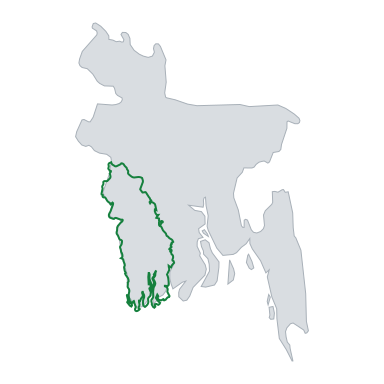 where Khulna sits in Bangladesh
{"feature_id": "BGD-2432", "entity_name": "Khulna", "entity_type": "Division", "adm_level": 1, "iso_a3": "BGD", "parent_name": "Bangladesh", "parent_adm1": "", "projection": "robinson", "projection_center": [89.364, 22.917], "detail": "fine", "context": "in_parent", "style": "outline", "palette": "green", "viewbox_px": 384, "rotation_deg": 0, "n_neighbors": 0, "source": "natural_earth", "source_scale": "10m", "svg_char_len": 9696}
<svg xmlns="http://www.w3.org/2000/svg" viewBox="0 0 384 384"><path d="M127.3,284.8L127.2,274.2L120.7,253.3L121.0,251.0L119.6,241.0L118.0,235.4L117.2,229.4L121.1,220.9L119.5,219.5L110.8,216.9L109.8,214.7L111.6,206.3L105.4,198.3L102.9,192.4L109.6,173.2L111.3,159.9L110.8,157.3L106.7,154.3L99.5,153.1L94.4,150.6L91.4,146.8L88.9,145.3L85.8,146.4L81.8,145.0L78.4,141.2L75.6,136.7L76.7,131.7L82.0,119.9L84.0,119.5L88.5,121.8L90.2,121.8L93.2,117.1L97.5,103.9L112.1,105.0L115.6,104.6L119.2,103.5L121.2,101.9L122.3,99.7L122.0,97.9L117.5,95.4L115.8,93.5L114.5,88.2L113.2,86.2L104.4,85.9L99.8,83.5L97.3,81.3L92.8,74.1L87.3,68.7L82.1,67.5L80.0,65.7L78.9,63.0L79.6,59.0L82.3,51.4L96.8,34.9L97.2,33.0L96.6,30.9L92.4,28.2L92.1,26.9L93.3,23.5L95.7,23.0L100.7,26.2L105.8,31.3L108.8,35.8L108.9,39.4L112.9,40.1L116.2,41.7L119.6,41.2L121.8,42.1L123.3,41.8L123.9,39.7L121.0,34.5L122.4,32.4L125.8,32.5L128.2,34.4L129.9,38.4L130.2,44.6L134.1,50.3L139.3,54.2L143.3,56.1L148.2,57.4L152.4,56.1L154.4,52.2L153.5,48.7L154.1,45.6L155.8,43.8L158.4,43.9L160.4,46.4L166.0,59.9L164.9,65.8L166.2,82.2L164.7,92.9L165.6,97.1L166.6,97.8L175.2,99.8L187.6,104.1L197.0,105.7L239.9,104.5L249.3,106.6L277.9,105.0L285.7,108.4L294.2,114.0L299.0,118.2L299.9,120.6L299.4,122.6L297.8,123.7L294.9,123.7L288.1,121.0L287.0,121.8L286.9,128.3L281.5,144.5L280.8,149.5L278.9,151.5L273.2,152.5L269.5,161.9L267.9,163.1L264.2,161.0L261.9,161.4L259.0,162.2L256.1,164.4L254.1,167.1L251.9,168.0L243.9,167.9L242.3,172.3L237.1,178.0L233.5,193.2L233.8,197.8L238.3,210.0L241.4,225.7L242.6,227.3L244.1,227.4L244.2,220.2L245.6,219.3L247.5,220.1L251.3,229.8L253.5,232.3L256.8,233.0L260.6,231.5L263.4,228.7L264.5,225.6L263.5,215.0L265.3,210.7L271.8,204.3L272.7,202.3L272.3,191.7L274.7,191.4L278.0,192.2L282.2,189.7L283.5,189.6L285.2,192.3L288.2,191.8L292.7,212.9L293.2,227.7L294.2,236.0L295.8,237.8L300.9,250.2L305.7,293.7L306.4,321.4L308.4,330.8L306.8,332.9L305.2,333.3L303.7,330.0L293.1,323.0L290.5,323.7L286.9,327.8L285.5,331.6L286.1,336.9L287.3,342.1L289.8,345.1L290.1,348.4L292.9,360.9L292.1,361.0L286.3,349.6L279.3,338.5L276.9,318.5L276.7,308.7L271.9,297.1L267.3,276.9L269.2,269.8L265.9,272.9L260.6,260.8L252.3,248.9L249.9,243.6L249.8,238.5L246.2,243.7L241.4,247.3L236.5,252.7L233.2,254.4L222.9,255.4L216.8,248.1L208.2,230.3L207.1,226.3L208.2,215.8L206.1,205.9L205.5,197.2L204.0,198.0L203.4,200.4L203.7,204.1L203.1,207.2L188.6,205.2L194.8,210.4L201.4,211.6L204.9,216.2L205.1,224.0L198.6,228.7L199.2,232.6L203.0,237.4L198.4,238.7L197.2,241.8L197.1,246.3L200.3,253.2L199.7,255.8L205.2,264.8L206.3,269.1L204.9,275.2L193.1,287.4L189.7,296.1L186.8,300.2L183.2,301.0L178.8,296.8L178.7,292.6L179.6,289.2L185.8,281.1L182.4,282.2L172.9,288.9L171.0,283.5L169.8,278.4L169.8,272.2L174.4,263.0L169.2,267.6L167.7,273.4L168.4,280.1L167.7,284.9L165.7,291.2L162.9,295.0L158.4,297.4L156.4,301.1L153.4,303.9L152.3,291.2L149.1,274.2L148.4,277.8L150.0,288.4L149.9,295.3L147.5,300.7L142.5,306.6L138.7,307.4L136.5,306.5L129.4,297.7L128.8,289.4L127.3,284.8ZM214.5,285.0L205.7,287.1L201.2,286.5L209.5,271.1L209.2,264.2L207.9,258.7L203.6,254.2L203.4,250.9L201.5,246.6L200.5,241.4L205.2,239.8L209.0,242.7L210.4,248.6L212.3,252.9L219.0,261.9L218.9,267.4L217.1,280.9L214.5,285.0ZM233.3,280.0L227.9,284.1L229.6,259.9L233.6,268.9L234.7,273.7L233.3,280.0ZM253.8,267.9L251.4,269.6L249.2,268.1L246.4,262.5L247.8,255.3L248.6,254.2L252.0,261.6L253.8,267.9ZM273.8,319.0L270.7,319.3L269.2,317.6L269.9,315.1L269.1,307.3L273.0,306.5L274.4,313.1L273.8,319.0ZM270.3,297.1L268.1,304.9L267.2,301.4L268.7,294.5L270.3,297.1ZM207.5,234.0L208.4,236.5L203.5,233.2L202.2,230.9L204.4,229.7L207.5,234.0Z" fill="#d9dde1" stroke="#a8b0b8" stroke-width="1"/><path d="M127.7,282.7L128.6,281.4L128.5,280.0L128.2,278.9L127.8,277.9L125.6,274.8L125.1,273.6L125.8,273.0L125.0,271.5L124.7,270.8L124.1,267.6L124.1,267.1L124.3,266.5L124.7,265.7L124.8,265.2L124.6,263.9L123.7,261.6L123.2,259.4L122.6,258.9L121.0,258.2L122.2,257.4L122.5,256.1L122.3,254.5L121.8,253.0L121.1,251.8L120.8,249.7L120.2,248.0L120.0,247.0L120.4,246.2L121.5,244.5L121.9,242.6L122.0,241.5L121.9,240.7L121.3,240.1L119.9,239.6L119.3,238.8L118.2,236.1L117.7,235.2L116.8,233.9L116.6,233.2L116.6,232.1L117.1,230.4L117.2,227.4L117.9,225.9L120.6,222.8L122.0,221.6L122.4,221.1L122.7,220.4L122.7,220.0L122.4,219.7L121.0,219.7L120.6,219.6L116.6,218.1L115.8,217.9L115.1,218.0L114.3,218.7L113.9,218.9L113.4,218.9L110.1,217.7L109.4,217.1L108.9,215.9L108.9,214.7L109.3,213.5L110.5,211.4L113.0,204.5L113.1,203.2L112.5,202.6L111.8,203.2L111.2,204.2L110.6,204.4L109.8,202.9L109.3,202.6L107.8,201.5L107.0,200.5L105.8,198.3L105.0,197.4L104.6,197.3L103.6,197.4L103.1,197.2L102.6,196.6L102.6,196.2L102.8,195.8L102.9,195.1L102.6,194.8L102.1,194.7L101.6,194.5L101.5,193.8L102.6,188.5L102.5,187.9L102.2,187.1L102.2,186.5L102.4,185.9L103.2,184.6L103.4,184.0L103.4,183.4L103.3,182.4L103.4,181.8L104.3,181.1L105.2,181.1L106.3,181.2L107.3,181.0L107.9,180.4L109.8,178.4L110.3,177.7L110.5,176.7L110.3,175.4L110.0,174.3L109.7,173.6L110.3,172.5L110.9,171.7L110.9,171.1L109.7,170.8L109.5,170.1L108.6,169.2L108.3,168.5L108.7,166.8L108.8,166.1L108.5,164.9L108.5,164.3L108.8,163.6L109.3,163.1L111.2,162.3L111.3,162.7L111.4,163.1L112.2,164.4L112.6,164.7L113.8,165.4L114.9,166.2L115.9,166.4L116.8,166.1L120.1,164.5L120.8,164.0L121.3,163.3L121.8,163.3L122.7,163.6L123.6,164.2L124.7,165.9L126.6,167.8L127.0,169.2L128.0,170.6L128.2,171.1L128.2,171.7L128.0,173.0L128.2,173.6L128.6,174.2L130.6,175.9L131.7,176.7L132.7,177.2L134.1,177.5L138.3,177.0L139.7,177.1L140.9,177.4L142.1,178.0L142.8,180.3L142.9,180.8L142.9,181.9L140.2,189.2L140.4,189.7L142.5,192.5L143.9,192.4L144.7,192.2L145.4,192.1L145.9,192.4L148.9,197.1L149.6,197.9L149.9,198.5L150.4,199.8L150.9,200.1L151.2,200.4L150.7,201.0L149.7,201.8L149.7,202.6L150.1,203.3L150.9,202.1L152.3,202.2L153.9,203.2L154.9,204.1L155.3,205.3L156.3,210.1L155.6,209.8L155.2,209.3L154.9,209.3L154.8,211.2L155.6,213.4L156.8,215.0L158.4,214.9L157.8,215.8L156.8,216.9L156.3,217.8L159.0,218.5L159.1,219.5L159.0,220.7L159.7,221.8L160.4,221.9L161.2,221.1L161.8,221.0L162.5,221.3L162.8,221.8L162.7,222.3L162.0,222.6L161.7,222.8L160.9,224.0L160.5,224.8L160.0,224.6L159.0,223.7L159.0,224.4L159.2,225.4L159.5,225.7L159.9,226.1L160.7,226.3L161.1,226.6L161.6,227.3L162.9,230.2L163.7,231.2L165.3,232.8L166.0,233.8L166.5,235.4L166.7,235.8L168.0,236.6L169.4,238.2L171.5,239.4L172.3,240.1L173.2,241.9L172.5,242.5L171.9,242.5L171.7,242.6L171.3,243.5L171.7,244.0L171.6,244.5L170.8,244.9L170.7,245.3L170.7,246.1L170.9,246.3L171.3,246.5L171.5,246.8L171.5,247.1L171.3,247.3L169.8,248.4L169.3,249.0L169.3,249.3L169.6,249.5L170.9,249.6L171.3,249.8L171.6,250.2L171.6,250.6L171.6,251.0L171.4,251.2L171.2,251.2L170.7,251.0L170.4,251.0L170.2,251.2L170.2,251.5L171.1,252.5L171.6,254.3L172.4,254.9L172.7,255.2L172.9,255.6L173.1,256.5L173.1,257.8L172.5,259.5L172.4,260.0L172.5,260.3L172.6,260.6L173.5,261.0L173.7,261.4L174.1,262.8L172.5,264.6L171.8,265.5L171.5,266.4L171.1,267.4L170.3,267.1L168.7,265.8L168.8,267.0L169.3,269.0L169.1,270.3L167.0,274.6L167.6,275.8L168.2,277.9L168.7,281.9L168.8,283.9L168.7,284.9L168.2,285.6L167.4,286.1L166.7,286.1L165.9,285.8L164.9,285.8L164.9,286.3L166.0,286.7L166.9,287.4L167.5,288.3L167.7,289.6L167.4,291.3L167.4,291.9L167.6,292.4L168.3,293.6L168.7,294.7L169.2,295.3L169.5,296.1L169.1,297.0L167.6,297.4L166.4,298.7L165.8,299.6L164.4,300.3L163.9,300.3L163.6,300.1L163.4,299.2L162.7,299.4L162.0,299.9L161.3,300.3L160.5,300.2L159.5,300.0L158.7,299.6L158.1,299.1L157.7,298.0L157.6,297.3L158.2,296.3L158.1,295.8L157.3,294.6L155.9,297.9L156.5,298.9L157.5,300.4L158.6,301.7L159.6,302.3L160.1,302.8L159.5,304.0L158.4,304.8L157.2,304.5L156.6,304.0L156.0,304.0L154.7,304.3L154.6,304.6L155.3,306.7L154.3,307.7L153.2,307.0L151.8,304.6L151.9,303.6L151.3,301.2L151.4,299.9L151.9,299.1L152.8,297.9L153.2,297.0L153.3,296.1L153.1,291.8L153.5,288.4L153.8,287.2L155.0,284.9L155.3,283.6L155.1,282.4L154.6,281.2L154.0,280.1L153.3,279.2L153.3,278.4L154.9,276.2L155.3,275.2L155.3,274.0L155.5,272.8L155.8,271.6L156.3,270.6L155.7,271.1L155.3,271.8L154.6,273.4L154.0,274.1L153.8,274.6L154.3,275.9L154.0,276.4L153.0,277.2L152.4,278.3L152.5,279.0L153.5,281.0L153.8,281.8L153.9,282.3L153.9,283.6L153.8,284.3L153.3,285.5L152.8,289.8L152.5,290.6L151.6,291.2L151.2,290.2L151.1,287.6L151.2,287.0L151.8,285.8L151.8,285.1L149.5,279.2L149.4,278.1L149.6,275.4L149.6,274.3L149.1,273.0L148.7,273.0L148.3,276.9L148.7,284.3L149.1,284.3L149.1,283.4L149.3,282.7L149.6,282.3L149.8,282.4L150.0,283.6L150.3,284.4L150.8,285.5L150.8,286.4L150.4,287.8L150.1,288.1L149.5,288.2L149.4,288.4L149.4,288.9L149.8,289.4L149.9,290.1L150.6,291.5L150.9,292.1L151.0,292.5L150.5,295.6L150.0,296.2L148.7,297.5L148.1,298.5L148.1,299.3L148.4,301.7L148.2,303.0L147.7,304.1L147.0,305.1L145.2,306.8L144.6,306.8L143.3,305.3L143.1,304.4L143.0,302.9L143.1,300.3L143.4,299.2L144.1,297.4L144.2,296.0L144.0,294.9L143.0,292.9L142.8,291.9L142.4,291.9L142.1,292.8L142.3,293.5L142.6,294.3L142.8,295.1L142.8,296.0L142.6,296.5L141.3,298.2L140.9,298.8L139.9,301.4L139.6,301.4L139.3,300.7L139.0,300.7L139.0,302.1L139.5,304.4L139.3,305.8L138.5,307.9L138.6,308.5L139.7,309.1L139.1,309.8L138.2,310.5L137.2,311.0L136.2,311.1L135.3,310.5L135.0,309.4L135.2,308.3L135.7,307.9L135.8,307.2L134.2,302.5L134.1,301.3L133.9,301.0L133.4,301.4L133.0,301.9L132.8,302.5L132.5,302.7L131.8,302.5L130.7,301.9L130.2,301.4L129.9,301.0L128.7,296.3L128.6,295.3L128.7,294.1L129.3,291.6L129.3,290.2L128.9,289.0L127.8,287.4L127.6,286.5L127.9,283.8L127.7,282.7ZM129.3,302.3L131.7,303.9L132.0,305.5L131.3,306.5L129.8,305.6L127.2,302.3L127.2,302.1L127.6,301.8L127.9,300.7L127.9,299.5L127.4,297.6L127.2,296.7L126.9,295.6L127.0,295.1L127.5,295.1L127.8,295.2L128.1,295.8L128.3,296.7L128.8,300.6L129.3,302.3Z" fill="none" stroke="#15803d" stroke-width="2"/></svg>